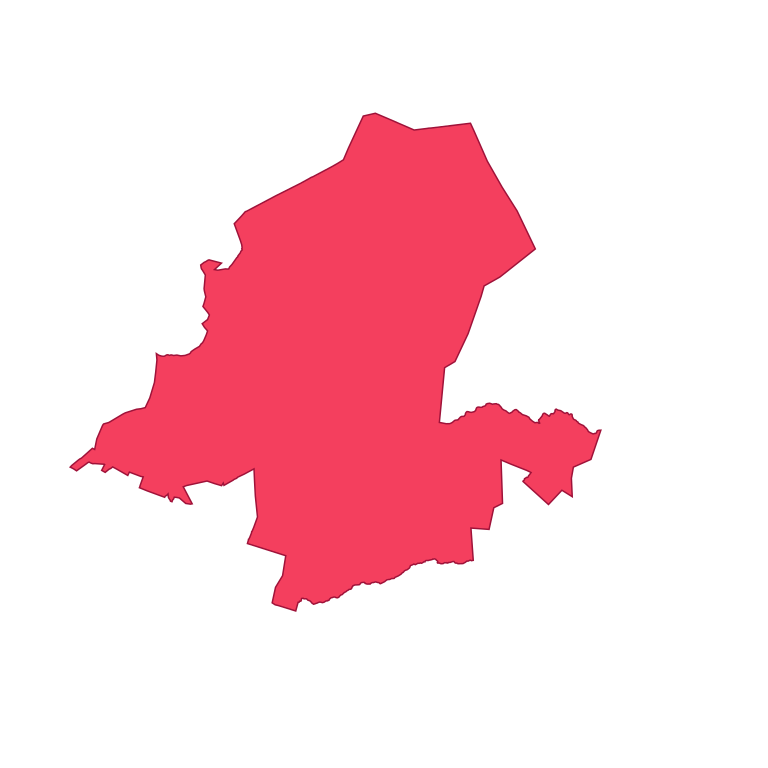 the district of Laikipia East, Rift Valley, Kenya, rotated 38°
{"feature_id": "3690345B37822361502294", "entity_name": "Laikipia East", "entity_type": "district", "adm_level": 2, "iso_a3": "KEN", "parent_name": "Kenya", "parent_adm1": "Rift Valley", "projection": "albers", "projection_center": [36.521, 0.35], "detail": "fine", "context": "isolated", "style": "filled", "palette": "rose", "viewbox_px": 768, "rotation_deg": 38, "n_neighbors": 0, "source": "geoboundaries", "source_scale": "gbopen_adm2", "svg_char_len": 6170}
<svg xmlns="http://www.w3.org/2000/svg" viewBox="0 0 768 768"><g transform="rotate(38 384 384)"><path d="M185.9,500.2L190.3,504.9L196.8,515.2L202.2,524.2L208.0,539.1L210.4,549.6L207.6,553.2L204.5,556.3L197.9,566.0L196.7,568.6L191.1,583.1L190.6,584.1L187.7,588.0L187.6,588.9L187.9,590.6L191.5,604.1L196.3,613.7L193.8,614.2L191.2,628.8L190.6,629.9L190.0,631.9L188.1,640.4L187.9,642.7L191.5,642.0L195.2,641.7L198.8,629.3L198.8,628.7L199.7,627.1L201.9,626.7L203.6,626.1L205.2,624.7L212.9,619.5L213.4,619.4L214.7,625.9L218.7,625.3L219.8,620.5L220.7,618.7L221.2,616.4L225.9,615.6L238.4,613.8L237.6,610.2L249.4,606.5L251.4,605.4L254.3,614.1L254.8,615.2L255.1,616.3L263.2,614.0L280.9,608.3L280.7,607.2L281.4,605.1L281.5,603.6L283.6,605.8L284.3,606.3L287.2,607.3L287.9,607.8L289.4,607.3L288.9,605.7L288.8,605.0L289.0,604.3L288.4,602.3L290.5,601.0L292.9,599.8L301.3,600.2L305.5,597.8L306.6,596.5L289.1,588.6L290.9,585.6L304.3,569.4L311.8,566.8L318.6,564.1L318.3,561.0L320.3,562.4L324.3,552.7L324.6,551.4L325.9,549.1L326.1,547.5L329.4,540.9L333.8,530.9L341.5,539.9L351.6,551.5L366.2,566.7L369.6,577.1L370.7,581.1L370.6,581.8L371.3,583.0L372.5,587.0L373.0,589.2L372.8,589.8L373.2,590.4L374.6,593.8L412.3,579.8L422.1,597.5L423.7,611.0L430.6,625.3L434.2,625.0L437.0,623.7L454.2,617.2L450.7,608.9L451.2,608.6L451.5,607.9L451.2,607.2L452.2,606.3L451.9,605.2L451.1,603.8L451.4,603.3L452.5,602.5L453.2,602.6L454.8,601.2L455.4,601.0L457.3,601.2L458.1,600.8L459.3,600.5L461.0,600.7L461.7,601.0L464.1,600.9L465.1,599.5L465.5,598.7L466.1,598.1L466.3,597.4L467.5,595.5L468.6,594.8L470.0,594.3L470.5,593.7L471.2,592.7L471.7,591.1L472.4,590.1L473.0,589.7L473.1,589.0L473.6,588.7L473.8,588.0L473.5,586.9L474.0,584.8L474.6,584.4L475.5,582.9L476.0,582.5L476.5,582.1L477.6,581.9L478.8,581.3L479.7,579.9L479.6,579.2L479.7,577.9L480.0,576.5L480.5,576.1L480.7,575.5L481.1,572.7L481.9,571.1L482.1,569.7L482.7,568.6L482.8,567.6L484.2,566.1L484.3,564.8L483.8,563.4L484.0,562.9L483.7,562.1L484.8,560.3L488.0,557.5L488.3,556.9L488.2,555.3L488.6,554.2L490.5,552.5L491.3,552.4L491.8,552.8L493.8,552.1L496.3,550.1L496.3,549.3L496.9,547.8L497.9,547.0L499.2,545.1L501.3,544.3L502.0,543.8L502.7,543.6L503.6,543.8L504.2,543.5L506.2,539.4L506.8,536.6L508.2,535.0L508.8,534.6L509.9,532.4L510.6,532.0L511.7,530.9L511.7,529.6L513.4,526.5L514.5,523.4L514.7,521.2L515.1,520.7L515.2,518.5L515.7,517.4L516.5,516.3L516.8,515.5L517.3,513.4L517.2,512.5L516.7,511.2L516.7,510.6L517.6,509.3L518.4,507.5L519.9,507.1L521.1,504.4L522.1,503.7L523.0,502.4L523.6,502.4L524.1,501.9L524.7,500.4L524.7,499.8L525.8,498.9L525.5,498.1L525.7,497.3L527.6,495.8L528.3,494.7L528.8,494.3L529.2,493.6L529.9,493.0L530.1,492.1L530.6,491.8L531.3,490.8L532.7,490.3L533.3,490.4L533.8,490.6L535.2,490.5L535.8,490.9L535.9,491.8L536.4,492.1L538.1,490.9L539.0,490.8L539.9,490.3L541.2,489.1L541.8,487.4L543.3,486.6L543.5,486.1L544.1,486.1L544.6,485.7L544.7,485.0L546.1,483.7L547.4,481.7L547.9,481.2L548.5,480.8L549.9,481.2L550.6,481.1L551.7,480.3L552.9,480.1L555.0,478.4L556.8,476.9L557.9,474.4L558.3,472.6L559.4,471.7L560.2,470.0L560.7,469.6L561.6,469.5L562.9,468.0L541.2,444.0L556.3,433.9L546.7,413.9L550.9,405.1L523.0,371.8L533.4,369.0L549.7,364.2L554.4,363.2L554.5,366.2L554.4,367.0L554.5,367.7L554.8,368.3L554.5,369.4L553.7,369.9L553.5,371.3L553.0,372.0L553.5,372.8L553.6,373.7L553.3,374.6L553.5,375.2L587.8,377.7L589.6,358.2L601.7,356.9L589.7,342.9L584.4,332.9L593.5,316.0L583.3,286.9L581.9,288.0L580.9,289.4L581.0,290.4L581.4,291.2L581.3,292.6L580.6,293.0L580.0,294.1L579.2,294.7L576.7,295.3L574.8,295.6L574.0,295.5L572.5,294.8L569.8,294.2L568.5,294.3L567.4,294.0L566.6,294.0L564.0,294.7L561.5,295.1L560.9,295.0L560.4,294.6L558.8,294.8L558.0,294.5L557.3,294.5L555.5,295.0L554.7,294.9L552.3,293.7L551.3,292.5L550.7,292.2L549.9,292.4L549.5,292.8L548.9,294.2L548.3,294.3L546.5,293.7L545.7,294.0L544.9,295.5L544.2,295.9L539.7,296.2L537.1,297.5L535.1,297.8L534.8,298.6L534.9,299.4L535.7,300.2L535.9,303.0L534.0,304.5L533.9,306.1L534.2,306.8L534.1,307.6L533.3,307.8L531.9,307.8L528.7,308.1L528.1,308.5L527.8,309.2L527.7,309.8L528.3,311.9L528.2,316.3L527.9,316.9L528.4,317.7L530.2,318.6L530.8,319.1L530.4,319.6L528.8,319.7L528.2,320.1L526.8,321.6L524.0,321.9L520.4,321.7L518.7,321.0L515.7,321.5L511.9,322.9L509.3,322.8L508.4,322.9L507.7,323.2L507.1,322.8L504.1,322.7L503.4,323.2L503.0,323.7L502.3,325.8L502.1,327.7L501.3,329.1L501.2,329.7L500.6,330.1L498.7,330.2L496.7,330.1L494.4,330.7L493.0,330.8L492.2,330.8L490.8,330.2L488.6,329.8L487.4,329.6L486.5,329.7L485.8,330.2L484.6,330.4L482.3,332.6L482.1,333.1L479.6,333.9L479.0,334.2L477.6,335.7L476.9,336.9L477.3,338.5L476.9,339.4L475.8,340.9L475.6,341.9L474.4,343.0L472.9,343.8L472.0,344.7L471.7,345.4L471.7,346.2L472.5,348.5L472.1,350.3L470.4,352.5L469.0,353.4L467.9,353.7L466.4,354.6L466.2,355.4L466.2,356.3L466.3,357.0L467.0,358.1L467.0,360.2L465.2,361.7L464.6,362.9L464.3,366.8L462.6,368.5L462.1,369.2L461.5,372.2L461.1,373.2L460.2,374.8L457.5,377.0L451.3,380.2L421.7,333.8L426.1,322.6L419.3,292.6L406.6,255.2L402.5,245.1L409.5,228.2L420.1,184.4L382.4,165.7L355.9,156.2L328.2,144.8L298.8,129.0L291.6,125.3L263.5,153.3L261.7,154.9L260.3,156.4L251.4,165.3L222.1,172.9L210.5,176.0L202.7,185.6L210.7,219.9L214.0,232.3L211.6,238.8L208.7,245.8L200.1,265.0L199.5,265.8L198.4,268.6L194.3,278.1L183.0,302.0L169.8,331.4L169.2,332.8L168.6,333.5L168.3,339.3L167.3,349.9L182.4,359.3L186.2,361.9L188.5,364.2L188.6,365.0L189.7,365.6L189.5,367.5L190.0,369.1L190.0,372.5L190.1,373.3L190.5,373.7L190.2,375.0L190.6,383.4L190.3,386.9L190.8,388.9L189.9,389.8L188.2,390.9L183.2,396.4L182.7,396.8L180.0,398.2L181.5,388.8L169.7,393.9L168.9,395.2L168.3,397.1L167.4,398.8L166.3,403.1L168.6,405.2L169.7,405.8L170.9,406.1L176.1,408.1L183.5,419.6L185.1,421.2L189.9,425.0L192.6,431.4L193.6,434.4L200.9,436.1L203.9,437.1L205.3,441.8L203.6,448.4L207.7,449.9L212.3,450.8L213.7,454.8L215.3,460.9L215.6,463.3L215.2,464.9L215.4,468.0L213.5,472.7L212.4,476.2L212.1,477.3L212.4,478.7L212.1,480.1L209.7,483.9L206.6,486.9L203.0,488.7L200.6,491.1L198.9,491.8L198.1,492.4L197.4,493.5L195.8,494.0L195.2,494.5L194.7,495.1L193.9,497.2L192.8,498.2L191.2,499.1L188.8,500.0L185.9,500.2Z" fill="#f43f5e" stroke="#9f1239" stroke-width="1.5"/></g></svg>